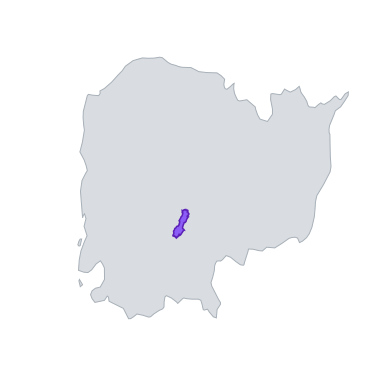 Batheay, Kâmpóng Cham, Cambodia shown in context, rotated 16°
{"feature_id": "14789045B52363017269131", "entity_name": "Batheay", "entity_type": "district", "adm_level": 2, "iso_a3": "KHM", "parent_name": "Cambodia", "parent_adm1": "Kâmpóng Cham", "projection": "equal_earth", "projection_center": [104.945, 12.037], "detail": "fine", "context": "in_parent", "style": "filled", "palette": "violet", "viewbox_px": 384, "rotation_deg": 16, "n_neighbors": 0, "source": "geoboundaries", "source_scale": "gbopen_adm2", "svg_char_len": 6166}
<svg xmlns="http://www.w3.org/2000/svg" viewBox="0 0 384 384"><g transform="rotate(16 192 192)"><path d="M314.7,52.7L315.5,56.3L313.5,63.0L311.4,69.1L307.4,74.4L307.2,78.4L305.9,90.1L306.4,93.8L307.4,97.0L308.7,98.7L312.2,110.2L315.5,120.7L318.6,129.2L319.2,134.7L316.4,148.4L313.0,161.1L313.4,167.4L314.8,173.7L316.4,182.1L317.0,192.9L316.2,199.9L314.7,204.3L311.8,208.7L309.3,211.0L306.2,207.2L303.8,207.0L300.5,208.2L298.0,209.9L292.7,216.5L287.0,222.9L279.0,224.5L275.9,229.3L272.5,229.9L266.2,230.2L262.0,231.3L262.2,233.7L261.9,244.9L262.0,247.6L261.4,248.3L258.5,248.6L253.6,246.9L247.1,244.1L242.4,243.7L240.0,248.6L238.5,250.5L236.8,250.8L234.9,251.6L234.3,253.8L234.1,256.6L235.1,261.3L235.4,268.7L235.2,273.8L236.9,277.0L247.0,287.8L249.9,290.5L250.3,292.2L248.5,298.0L250.1,306.3L246.9,306.1L241.7,302.6L239.2,300.4L236.1,302.2L235.1,301.8L233.0,297.8L230.3,293.6L227.5,293.3L221.7,295.0L215.7,296.1L213.4,296.1L212.5,296.9L209.0,303.0L207.5,302.0L201.5,299.6L196.0,298.7L194.9,300.3L195.5,305.4L196.8,310.3L196.0,312.4L193.0,315.0L189.0,319.6L186.6,323.3L184.9,324.2L178.8,324.0L172.7,324.5L170.3,327.9L168.0,330.6L166.0,331.3L158.1,322.8L142.4,319.9L140.7,316.1L139.2,315.4L137.7,320.3L129.1,324.9L125.4,322.1L122.8,318.7L123.2,314.5L125.7,311.1L130.0,308.7L132.0,300.1L128.7,289.1L125.9,285.9L122.9,283.4L119.7,287.5L117.0,294.5L114.2,298.1L110.2,298.9L104.5,298.6L102.3,288.2L101.5,279.2L102.3,269.0L103.2,263.0L97.7,254.7L97.4,246.7L94.7,242.6L93.9,244.7L94.0,247.0L93.3,245.3L84.6,222.1L83.1,211.3L84.7,203.0L85.5,200.3L83.0,195.9L79.5,190.9L73.2,184.4L72.9,174.2L71.5,162.1L69.6,158.0L66.8,150.5L65.3,144.4L64.8,128.1L65.6,126.7L70.0,126.3L75.7,125.1L76.6,122.5L75.6,120.3L79.3,116.6L84.5,108.5L88.6,100.1L91.5,94.7L93.3,89.4L99.2,81.9L107.3,76.8L112.7,75.6L118.5,73.8L123.9,71.3L126.5,71.1L133.3,74.1L137.0,74.9L140.9,74.8L144.9,75.1L148.3,74.8L156.7,72.7L165.5,74.4L173.4,73.1L183.2,70.6L188.0,72.2L192.3,74.6L192.9,79.6L193.9,81.8L195.4,83.6L197.3,83.6L199.8,80.1L201.9,76.5L202.6,75.9L202.7,77.6L203.7,81.5L205.6,85.3L207.5,87.8L210.6,91.2L212.7,91.4L219.3,88.2L229.3,92.8L230.5,95.1L233.8,99.8L237.3,103.2L245.1,103.4L247.9,95.1L246.5,90.1L242.0,81.3L240.8,76.1L242.2,75.2L249.8,74.2L251.0,73.2L252.6,67.5L254.7,68.1L258.9,68.9L263.3,65.0L265.9,60.9L267.3,62.8L268.9,65.6L270.6,67.3L273.8,69.7L277.3,73.2L279.5,76.6L281.2,77.9L285.7,77.0L286.9,77.1L289.5,73.0L291.3,70.8L292.9,71.4L295.1,71.3L299.8,66.1L302.4,61.3L303.9,60.0L308.1,62.4L309.8,61.9L312.2,55.3L314.7,52.7ZM99.3,274.4L98.5,275.0L97.7,275.0L96.8,274.1L96.9,270.3L97.5,268.0L98.9,267.6L99.3,274.4ZM112.4,311.3L110.7,313.8L107.8,308.6L107.9,307.1L112.4,311.3Z" fill="#d9dde1" stroke="#a8b0b8" stroke-width="1"/><path d="M195.1,213.9L194.9,213.7L194.8,213.8L194.7,213.6L194.5,213.4L194.4,213.5L194.2,213.4L194.1,213.2L193.9,213.1L194.0,213.1L193.9,213.0L193.9,212.9L193.8,212.7L193.7,212.8L193.6,212.7L193.5,212.4L193.4,212.4L193.3,212.2L193.2,212.2L193.1,211.9L193.1,211.7L193.0,211.8L193.0,211.7L192.9,211.5L192.9,211.4L193.0,211.3L192.9,211.2L192.7,211.2L192.5,210.9L192.4,210.8L192.4,210.7L192.2,210.7L191.9,210.8L192.0,210.9L192.0,211.1L191.9,211.2L191.7,211.1L191.4,211.0L191.3,210.9L191.3,211.1L191.2,211.1L190.7,211.0L190.4,211.1L190.3,210.9L189.9,210.9L189.8,211.1L189.7,211.2L189.4,211.2L189.2,211.3L189.2,211.5L189.1,211.8L189.0,212.0L188.8,212.1L188.1,212.5L187.9,212.5L187.6,212.4L187.7,212.8L187.8,212.9L187.9,213.2L188.1,213.2L188.3,213.4L188.4,213.5L188.2,213.9L188.2,214.1L188.2,214.5L188.4,214.5L188.7,214.4L188.8,214.4L188.9,214.5L189.0,214.9L189.1,216.4L189.0,216.9L189.0,217.7L188.7,218.3L188.4,218.7L188.3,219.2L188.3,220.0L187.5,223.2L187.6,223.3L187.7,223.1L187.9,223.1L188.1,223.3L188.2,223.7L188.4,224.0L188.4,224.3L188.5,224.6L188.5,225.0L188.6,225.4L188.4,225.6L188.4,225.8L188.6,226.5L188.7,226.8L188.7,227.0L188.4,227.2L188.4,227.3L188.4,227.5L188.4,227.8L188.4,228.0L188.4,228.3L188.5,228.3L188.4,228.3L188.3,228.5L188.2,228.8L188.2,228.7L188.0,228.8L187.9,228.8L187.8,228.7L188.0,228.6L187.9,228.5L187.5,228.8L187.4,228.9L187.1,229.0L187.0,229.3L186.6,229.7L186.6,230.2L186.3,231.1L186.2,231.3L185.7,231.5L185.6,231.9L185.5,232.4L185.5,233.4L185.5,233.6L185.4,234.0L185.1,234.4L185.1,234.7L185.2,235.0L185.2,235.3L185.5,235.7L185.6,235.8L185.7,236.1L185.9,236.4L185.9,236.7L185.8,237.7L185.7,237.9L185.7,238.1L185.7,238.3L185.8,238.5L185.7,238.8L185.7,239.0L185.7,239.3L185.9,239.3L186.0,239.4L186.4,239.3L186.6,239.2L186.7,238.8L186.8,238.8L187.0,239.1L187.3,239.1L187.5,239.3L187.4,239.5L187.5,239.5L187.8,239.6L188.0,239.7L188.2,239.4L188.4,239.5L188.5,239.5L189.0,239.9L189.1,240.3L189.3,240.4L189.5,240.5L189.5,240.4L189.8,240.3L190.0,240.1L190.0,239.9L190.1,239.6L190.4,239.4L190.5,239.1L190.6,238.9L190.9,238.7L190.9,238.4L191.0,238.3L191.0,238.2L190.9,238.2L191.0,238.1L191.1,237.9L191.1,237.6L191.1,237.3L191.3,237.2L191.3,236.9L191.4,237.0L191.4,236.9L191.6,236.8L191.6,236.6L191.5,236.4L191.6,236.1L191.8,236.1L191.7,236.3L191.8,236.3L191.7,236.4L191.7,236.5L191.8,236.7L191.8,236.9L192.0,237.1L192.3,237.0L192.5,236.9L192.6,236.7L193.1,235.8L193.2,235.4L193.3,235.0L193.3,234.6L193.7,233.9L193.9,233.2L193.9,232.9L194.0,232.7L193.9,232.6L194.0,232.3L194.2,232.0L194.3,231.9L194.5,231.6L194.6,231.4L194.6,231.2L194.8,230.9L194.8,230.7L195.0,230.7L194.9,230.6L194.3,230.1L193.8,229.9L193.4,229.9L193.2,229.8L193.0,229.6L192.9,229.3L192.8,229.0L192.6,228.0L192.6,227.9L192.7,227.6L192.7,227.4L192.7,227.1L192.7,225.5L192.9,225.1L192.9,224.9L192.8,224.3L192.8,223.8L193.0,223.3L193.2,223.2L193.4,223.2L193.7,223.3L193.8,223.2L194.3,222.2L194.4,221.9L194.4,221.6L194.4,221.4L194.4,221.2L194.3,220.9L194.3,220.7L194.4,219.9L194.4,219.7L194.6,218.9L194.8,218.7L194.7,218.3L194.7,218.1L194.7,217.8L194.8,217.8L195.0,217.7L195.1,217.4L194.9,217.3L195.0,217.2L194.9,217.2L194.7,217.0L194.8,216.9L194.7,216.7L194.8,216.7L194.8,216.4L194.7,216.4L194.8,216.3L194.7,216.2L194.8,216.1L194.8,215.9L194.7,215.9L194.8,215.8L194.8,215.7L194.7,215.6L194.8,215.5L194.8,215.4L194.7,215.4L194.8,215.2L194.8,214.9L195.0,214.8L195.0,214.7L195.0,214.8L195.1,214.6L195.1,214.4L195.0,214.2L195.1,213.9Z" fill="#8b5cf6" stroke="#5b21b6" stroke-width="1.5"/></g></svg>